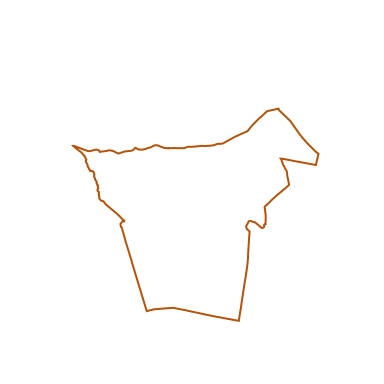 Deir-ez-Zor, Dayr Az Zawr, Syria, rotated 311°
{"feature_id": "27442178B9541206135539", "entity_name": "Deir-ez-Zor", "entity_type": "district", "adm_level": 2, "iso_a3": "SYR", "parent_name": "Syria", "parent_adm1": "Dayr Az Zawr", "projection": "equal_earth", "projection_center": [40.368, 35.564], "detail": "fine", "context": "isolated", "style": "outline", "palette": "amber", "viewbox_px": 384, "rotation_deg": 311, "n_neighbors": 0, "source": "geoboundaries", "source_scale": "gbopen_adm2", "svg_char_len": 3788}
<svg xmlns="http://www.w3.org/2000/svg" viewBox="0 0 384 384"><g transform="rotate(311 192 192)"><path d="M125.5,311.9L126.7,311.1L129.2,309.5L137.9,304.1L141.8,301.5L152.4,294.9L155.6,292.8L166.8,285.9L174.1,281.1L178.3,278.0L185.3,272.5L194.6,265.4L197.7,263.1L200.0,261.3L200.1,260.7L200.1,260.0L200.1,257.4L201.7,255.3L204.9,254.7L207.0,254.0L208.6,255.2L208.6,255.3L208.7,255.5L208.8,255.8L208.8,256.0L209.0,256.3L209.0,256.5L209.2,256.8L209.3,257.0L209.4,257.3L209.5,257.5L209.6,257.8L209.7,258.0L209.8,258.1L209.9,258.3L210.0,258.4L210.0,258.5L210.2,258.9L210.3,259.0L210.4,259.3L210.4,259.5L210.5,259.7L210.5,259.8L210.5,260.0L210.6,265.2L210.6,267.6L210.7,267.8L210.7,268.0L210.8,268.0L210.9,268.3L211.0,268.4L211.0,268.5L211.2,268.8L211.3,268.8L211.5,269.0L211.8,269.1L212.0,269.2L212.1,269.3L212.3,269.3L212.5,269.3L212.8,269.3L213.0,269.3L213.1,269.2L213.3,269.2L213.5,269.1L213.6,268.9L213.8,268.8L213.8,268.7L214.0,268.5L214.0,268.4L214.2,268.2L214.3,268.2L214.5,268.1L214.8,268.0L214.9,267.9L215.0,267.9L215.3,267.9L215.4,268.0L215.5,268.0L215.8,268.2L215.9,268.3L216.0,268.4L216.1,268.5L222.5,263.2L228.4,256.6L229.9,256.6L231.8,256.9L232.9,257.0L235.0,257.2L238.4,257.4L244.2,258.1L251.3,259.2L257.5,260.2L261.1,260.6L262.3,259.0L263.3,257.9L265.3,255.2L266.9,253.1L268.5,251.4L269.9,249.9L270.1,249.2L270.4,248.2L270.6,247.5L271.2,246.1L271.9,244.3L272.3,243.0L272.7,242.1L273.4,241.2L274.0,240.1L274.5,239.2L275.1,238.3L275.4,237.0L275.6,237.2L278.3,241.6L283.2,250.1L288.2,258.5L289.8,261.3L293.7,267.8L296.0,266.5L300.3,264.3L303.8,262.4L303.6,258.7L304.4,247.5L304.7,244.9L305.3,240.7L306.2,235.5L306.3,234.9L307.2,231.4L309.5,221.9L310.1,219.5L310.2,217.0L310.8,205.4L310.9,203.8L311.6,202.6L310.3,201.6L302.3,195.7L295.2,194.9L290.7,194.3L286.4,194.0L280.8,193.7L279.2,193.8L274.4,194.0L269.4,191.7L266.7,190.4L261.6,188.1L255.4,185.8L254.2,185.4L250.7,184.1L248.8,183.5L248.0,182.6L246.8,181.8L246.3,180.9L245.4,179.9L243.5,178.8L241.9,178.0L238.2,174.7L236.8,173.2L235.6,172.0L235.0,171.5L233.1,168.9L228.5,164.7L225.5,161.7L224.6,160.6L223.8,159.6L222.3,158.6L220.7,157.7L219.5,156.9L217.7,154.8L216.5,153.4L214.2,150.6L213.2,149.4L210.6,146.7L209.8,145.4L209.5,145.5L208.2,143.7L207.0,142.2L206.4,140.3L205.7,138.9L205.4,137.8L204.9,136.0L203.5,133.8L201.3,132.5L198.6,131.6L197.6,130.7L195.3,129.4L194.3,128.9L192.3,127.4L191.3,126.7L190.1,125.2L188.9,123.5L188.4,120.9L188.2,120.3L185.7,120.0L184.3,119.8L182.7,118.6L180.2,116.3L178.9,115.0L177.5,114.1L175.4,112.8L173.5,111.7L172.6,111.0L171.7,107.7L171.3,105.8L169.9,103.2L168.8,101.9L167.4,100.9L164.9,98.8L163.5,97.5L161.8,96.2L162.4,94.6L161.3,92.0L159.9,90.9L155.9,88.2L154.5,86.4L149.3,72.5L148.8,72.1L148.9,77.0L149.3,82.7L148.8,85.6L148.6,86.5L148.8,87.3L148.3,88.0L148.1,88.9L147.5,89.6L147.1,91.1L146.4,91.4L145.8,91.4L145.2,92.0L144.1,95.2L142.7,96.6L142.7,97.6L141.8,99.2L141.8,99.8L141.1,101.0L141.3,101.7L141.8,101.7L142.0,102.9L142.4,103.2L142.7,104.0L142.2,104.8L142.1,105.8L141.7,105.9L140.9,107.1L139.7,107.5L138.8,109.4L137.7,111.0L137.8,111.6L137.4,112.5L137.1,113.4L135.8,114.5L135.3,116.6L134.8,116.6L134.6,117.2L133.9,117.7L133.6,118.1L133.5,118.8L133.0,119.0L132.1,119.2L131.4,119.3L130.9,120.2L130.8,121.2L130.9,121.8L130.0,122.5L129.2,122.8L128.8,123.9L128.0,124.3L127.6,125.2L126.4,126.0L125.8,129.0L126.9,131.2L126.1,135.1L126.4,151.2L125.6,158.8L125.9,159.1L125.9,159.8L125.2,160.0L124.1,158.8L120.9,159.0L120.2,159.8L119.2,161.1L118.9,162.5L118.4,163.3L116.8,165.8L115.9,167.2L114.1,170.0L111.9,173.1L100.7,191.1L99.1,193.4L75.1,231.7L72.4,236.0L78.5,240.3L79.7,241.4L85.3,246.9L86.9,248.5L89.1,250.6L89.9,251.5L92.4,254.0L98.4,264.5L104.0,274.6L106.2,278.6L107.3,280.6L109.4,284.4L110.9,287.1L113.7,292.0L125.5,311.9Z" fill="none" stroke="#b45309" stroke-width="2"/></g></svg>